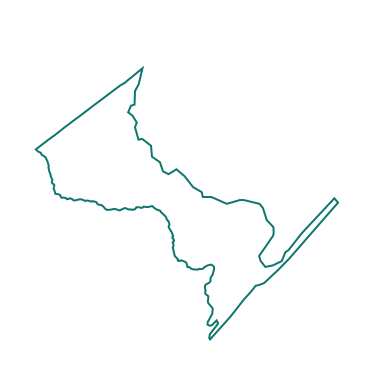 outline of Escambia, Florida, United States of America, rotated 323°
{"feature_id": "52423323B97123089850170", "entity_name": "Escambia", "entity_type": "district", "adm_level": 2, "iso_a3": "USA", "parent_name": "United States of America", "parent_adm1": "Florida", "projection": "mercator", "projection_center": [-87.428, 30.64], "detail": "fine", "context": "isolated", "style": "outline", "palette": "teal", "viewbox_px": 384, "rotation_deg": 323, "n_neighbors": 0, "source": "geoboundaries", "source_scale": "gbopen_adm2", "svg_char_len": 3541}
<svg xmlns="http://www.w3.org/2000/svg" viewBox="0 0 384 384"><g transform="rotate(323 192 192)"><path d="M93.0,64.0L92.9,64.0L92.9,64.6L93.6,67.5L94.6,69.2L94.9,70.2L94.4,71.2L94.4,71.6L94.7,72.8L95.4,74.1L95.9,75.9L95.0,80.5L93.6,84.2L93.1,85.1L92.4,85.7L91.8,86.7L90.2,90.2L90.1,91.1L89.5,93.0L89.0,93.8L88.2,95.9L88.0,97.5L87.7,98.5L86.2,99.4L85.8,99.9L85.7,101.3L86.2,102.6L86.2,103.5L85.8,104.2L85.1,104.5L83.5,106.1L83.4,107.0L81.8,111.2L83.9,113.3L84.5,114.4L84.8,115.4L84.4,116.3L84.2,117.7L84.6,118.2L85.2,118.5L87.3,120.4L87.9,121.6L87.7,122.4L89.2,123.2L90.8,123.6L91.5,124.6L92.1,125.8L92.4,127.5L94.4,128.8L96.3,129.5L98.2,130.4L99.7,131.9L101.2,134.7L102.4,135.2L103.6,136.2L104.9,137.6L105.1,138.3L106.5,139.5L107.1,139.5L107.4,139.8L109.5,142.5L109.4,144.1L109.2,144.9L110.4,146.5L112.0,148.3L112.1,148.7L112.5,151.1L112.5,152.8L113.3,155.1L116.1,157.0L119.8,158.7L121.8,161.2L122.7,162.9L124.1,163.5L124.4,163.4L127.4,164.0L129.2,164.8L129.6,165.3L129.7,166.1L131.3,168.3L132.5,168.8L133.3,170.1L133.7,170.4L136.6,171.5L138.3,170.7L139.0,171.1L140.8,172.6L141.2,173.3L141.9,174.1L143.1,174.7L144.8,174.7L146.5,176.6L148.2,177.8L150.2,178.5L152.0,179.6L152.1,180.0L152.0,180.8L152.4,182.6L153.9,186.0L154.1,186.0L155.0,187.0L155.3,188.4L155.0,189.2L155.4,190.7L156.1,195.4L156.1,196.8L155.9,197.4L155.5,198.1L155.3,200.1L155.3,200.4L155.7,200.8L155.7,201.0L155.0,203.3L154.4,204.4L153.8,204.9L152.8,205.2L152.1,206.5L151.5,212.3L150.3,216.0L149.7,215.9L149.2,216.3L148.5,217.2L148.5,217.3L148.9,217.9L149.0,218.5L148.4,220.1L147.7,220.5L147.3,220.6L147.1,220.3L147.0,220.2L146.2,220.7L145.6,222.8L144.5,224.2L143.4,224.5L139.8,232.5L139.9,234.9L140.3,236.9L140.3,237.2L139.9,237.3L139.6,237.7L139.5,237.9L139.5,238.5L140.4,239.5L140.9,239.8L141.9,239.8L142.4,240.3L144.6,243.7L144.8,245.4L144.0,247.6L143.2,249.2L143.5,249.6L144.4,250.2L144.8,250.6L145.1,252.7L146.4,254.5L149.7,257.4L151.7,257.8L152.7,259.0L154.2,259.7L155.1,259.8L156.6,259.5L160.0,260.0L163.2,261.2L163.8,262.0L164.3,263.5L164.5,264.8L164.0,266.0L163.0,267.0L159.7,269.7L159.0,270.2L158.4,270.6L155.5,271.6L154.5,272.5L153.6,273.8L153.1,274.3L151.4,274.8L150.1,274.7L148.3,274.3L147.2,274.3L146.1,274.6L145.1,275.6L144.7,276.2L144.4,276.8L143.6,278.8L142.7,279.4L141.6,280.9L141.5,282.0L141.6,282.7L142.3,284.3L142.3,284.8L141.3,286.4L139.1,288.5L138.4,289.6L138.2,290.4L138.2,292.1L138.5,297.1L138.1,297.9L135.7,300.6L134.8,301.5L134.2,301.7L129.2,304.1L126.3,305.3L124.6,307.2L125.6,309.4L127.8,310.4L134.4,309.4L133.6,312.8L120.5,316.4L117.7,319.3L117.7,320.6L148.1,314.6L169.4,308.9L178.9,307.2L186.4,305.2L190.3,306.9L194.9,308.1L213.8,306.1L229.5,303.7L302.2,288.4L301.9,282.7L254.3,291.1L234.1,296.5L230.2,296.3L222.2,301.2L212.4,299.3L205.5,296.0L205.3,288.4L207.1,283.5L230.3,275.8L232.5,274.0L235.9,269.1L234.8,259.4L239.0,247.5L238.8,242.1L228.7,229.8L225.6,227.3L212.7,222.4L204.5,207.7L197.6,202.4L199.7,198.1L195.8,188.7L195.6,175.0L193.2,164.5L184.1,163.7L181.2,158.1L184.3,149.0L181.3,139.7L187.1,130.4L184.2,119.7L180.8,117.9L185.4,106.0L189.7,103.3L190.4,95.3L189.0,89.9L195.1,86.4L198.7,87.6L207.2,77.1L214.2,73.9L226.9,63.4L208.1,64.1L206.6,64.2L204.1,64.4L198.8,63.7L198.6,63.7L198.2,63.7L197.9,63.7L197.4,63.8L197.1,63.7L195.5,63.7L188.4,63.7L187.7,63.7L184.5,63.7L183.7,63.7L181.2,63.7L174.5,63.7L167.8,63.7L165.2,63.7L164.1,63.7L146.2,63.8L144.2,63.7L138.8,63.7L137.0,63.7L136.1,63.7L135.2,63.7L133.6,63.8L129.9,63.7L129.6,63.7L117.4,64.0L108.4,63.8L101.4,63.9L93.0,64.0Z" fill="none" stroke="#0f766e" stroke-width="2"/></g></svg>